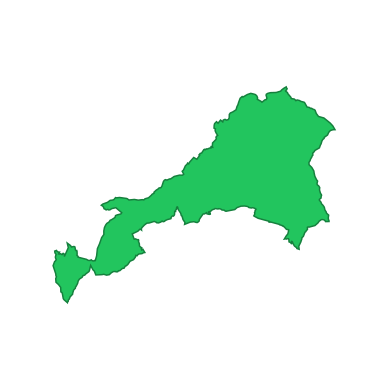 Spulber, Vrancea, Romania (orthographic projection), rotated 346°
{"feature_id": "2599482B24061865858466", "entity_name": "Spulber", "entity_type": "district", "adm_level": 2, "iso_a3": "ROU", "parent_name": "Romania", "parent_adm1": "Vrancea", "projection": "orthographic", "projection_center": [26.718, 45.744], "detail": "fine", "context": "isolated", "style": "filled", "palette": "green", "viewbox_px": 384, "rotation_deg": 346, "n_neighbors": 0, "source": "geoboundaries", "source_scale": "gbopen_adm2", "svg_char_len": 6050}
<svg xmlns="http://www.w3.org/2000/svg" viewBox="0 0 384 384"><g transform="rotate(346 192 192)"><path d="M282.1,273.5L282.5,270.4L285.5,266.8L287.2,264.1L287.5,263.1L289.4,261.9L291.8,258.4L292.8,258.0L293.2,257.5L295.0,256.2L295.4,254.2L296.1,254.0L297.3,254.4L303.2,254.3L306.7,252.5L308.3,251.1L310.8,250.1L311.7,250.2L313.4,251.0L314.2,252.1L314.4,253.0L317.8,253.8L318.0,253.2L317.8,251.7L317.9,250.2L319.0,247.5L317.4,245.1L317.4,243.9L316.6,241.4L316.7,239.3L316.5,238.1L315.6,236.0L314.9,235.0L314.6,232.8L313.6,230.8L313.8,230.0L315.7,229.1L316.4,227.2L316.9,226.6L316.9,225.7L316.4,224.6L316.2,221.8L316.3,220.5L317.0,218.6L316.4,216.7L315.3,215.3L315.4,213.9L316.5,211.8L315.8,210.2L315.0,206.4L315.1,202.9L315.3,201.1L314.2,197.2L312.2,193.9L312.6,191.6L314.1,190.2L315.1,188.6L316.5,187.3L317.3,186.1L318.2,185.5L318.5,183.6L320.5,182.3L321.3,181.4L326.3,180.0L327.8,177.7L328.9,176.5L330.5,173.8L331.6,172.7L333.1,172.0L333.5,171.0L337.3,169.5L339.1,167.2L341.2,165.8L343.8,165.7L345.8,166.1L344.6,161.9L342.8,158.6L337.9,152.1L333.0,149.3L331.6,145.9L331.2,142.4L330.3,141.4L329.2,140.8L328.3,139.7L327.5,139.7L326.2,138.3L324.2,137.4L322.9,132.6L322.5,132.0L319.4,130.3L318.5,129.3L316.2,128.1L315.2,128.5L314.7,128.4L314.3,127.3L313.8,126.6L310.9,125.3L310.9,124.1L308.7,119.6L308.7,118.6L307.2,116.8L307.2,116.5L308.6,115.7L309.3,114.6L308.8,113.6L308.8,112.8L306.1,113.6L303.6,114.7L302.4,115.6L297.8,115.8L292.2,114.6L289.5,114.6L287.8,115.1L287.3,116.0L287.4,119.1L286.3,120.3L285.1,120.2L281.6,121.8L280.8,120.6L277.8,117.9L278.4,116.6L278.2,114.6L277.2,112.9L275.8,112.0L272.9,110.5L269.3,110.8L264.4,112.2L263.8,111.5L261.4,112.7L258.8,116.5L257.7,118.4L256.3,120.0L254.6,122.9L250.8,124.2L248.3,124.6L247.0,125.7L246.0,129.1L244.7,130.5L242.7,130.6L242.0,129.7L240.9,129.5L239.6,129.9L238.8,131.4L237.1,129.1L233.9,131.6L232.8,129.7L230.5,131.1L229.7,132.5L228.8,135.4L230.0,136.4L229.5,137.3L229.3,138.3L229.7,140.6L230.6,143.3L229.5,143.7L228.5,144.6L228.6,145.6L228.0,146.8L223.8,149.4L222.8,152.5L222.9,153.7L222.6,153.6L222.3,152.6L221.5,152.5L221.0,153.9L220.3,153.6L216.8,154.0L216.3,153.6L214.9,154.2L214.4,153.6L213.7,153.8L210.8,156.5L209.1,156.6L208.8,157.1L207.8,157.7L208.2,158.4L204.6,161.4L202.0,158.9L196.7,162.6L195.6,163.9L194.7,162.9L194.0,163.8L191.9,165.0L189.0,168.7L187.5,169.5L188.3,172.7L186.8,173.4L184.0,172.6L178.5,172.6L174.5,174.1L173.2,173.9L170.6,174.4L169.3,173.6L168.2,173.8L166.9,174.8L164.2,179.1L162.9,180.3L161.0,180.1L159.3,181.1L158.0,181.4L155.1,183.0L154.8,184.0L152.6,184.6L152.0,185.2L148.4,187.1L144.8,187.2L143.4,188.0L141.9,187.4L137.9,186.9L134.3,185.3L128.9,184.5L127.5,182.8L126.9,182.4L120.4,179.8L117.3,179.4L116.5,178.9L114.3,180.5L112.7,180.6L110.6,180.3L107.5,181.6L102.6,182.1L100.8,182.9L102.3,184.5L102.7,187.1L103.9,187.9L104.3,188.6L106.2,188.5L106.9,189.3L108.2,189.4L110.1,188.7L114.3,188.8L118.8,195.1L117.6,196.1L113.9,196.1L112.1,196.4L111.1,198.1L107.3,199.4L105.8,199.6L104.1,201.1L101.7,201.9L100.2,203.2L98.4,205.4L97.0,208.5L96.2,211.9L93.3,214.4L89.8,219.8L86.5,224.1L84.0,230.9L81.6,235.1L81.0,234.8L80.3,235.2L78.6,234.6L77.8,233.4L76.6,233.8L74.7,233.2L73.3,231.8L65.7,227.7L65.9,226.9L65.0,225.6L65.5,224.6L66.1,221.6L66.0,220.9L65.4,221.0L64.9,220.0L65.1,217.0L64.3,216.3L61.7,216.2L61.2,214.6L58.6,211.4L58.5,216.1L52.5,223.8L53.0,222.4L52.9,221.2L52.4,220.5L51.9,220.4L51.0,221.3L50.4,221.1L49.7,220.1L48.6,220.2L47.6,219.8L48.9,218.3L47.9,218.0L46.8,217.1L46.4,215.9L44.5,216.1L44.3,217.9L45.0,219.7L43.7,222.0L43.6,223.0L43.9,224.6L42.9,225.8L41.9,226.2L39.4,229.9L40.0,238.4L39.7,240.5L40.0,241.4L38.8,243.1L38.2,246.7L40.1,249.5L41.5,252.8L40.6,257.2L41.5,258.1L41.6,259.4L41.3,264.4L41.8,265.6L44.3,269.2L44.5,268.6L45.3,268.3L45.9,266.9L47.1,266.1L48.2,264.4L51.5,262.2L51.7,261.4L53.5,258.4L55.5,257.2L56.0,256.0L56.9,255.3L58.9,253.0L60.1,250.7L61.8,249.2L64.7,248.2L66.1,246.7L67.8,246.7L69.1,245.8L72.7,244.3L73.4,243.5L75.9,238.7L77.1,243.6L78.1,245.1L78.6,249.2L84.6,250.4L86.5,250.5L89.0,252.0L91.8,252.2L94.1,250.9L96.2,250.2L98.2,250.5L99.0,251.1L100.6,251.4L101.7,250.6L102.8,250.9L106.0,249.3L107.6,249.5L109.4,247.7L110.4,247.7L112.2,246.8L115.1,244.2L118.9,243.5L121.2,241.6L122.2,239.9L123.2,240.6L124.5,239.6L125.6,239.3L128.6,239.7L130.2,239.2L131.6,239.3L130.5,235.7L129.2,236.1L129.1,234.7L129.8,234.1L128.3,232.4L128.0,231.7L128.4,229.3L128.1,227.1L128.5,226.4L128.5,225.3L127.5,225.1L125.8,223.8L124.5,223.8L123.9,218.2L130.1,216.9L132.4,215.5L132.9,215.6L133.8,216.7L133.9,215.6L134.7,214.5L137.9,212.5L140.7,211.3L142.9,211.7L148.2,211.4L149.8,212.5L150.3,213.3L152.1,213.9L154.5,213.6L155.9,213.0L156.4,213.2L156.7,213.8L157.6,213.9L158.5,213.7L158.8,213.3L161.4,212.8L165.0,212.8L165.3,212.5L165.4,211.8L166.7,210.7L167.5,210.5L168.2,210.9L169.3,210.1L169.6,209.6L170.5,206.7L171.4,206.9L171.6,205.8L172.5,205.2L173.3,203.4L174.0,202.8L174.3,203.0L174.4,203.7L174.3,205.3L175.9,209.9L175.9,212.3L176.5,213.0L176.6,216.5L177.8,219.9L177.0,221.6L183.0,220.8L186.7,221.3L188.8,222.6L190.0,222.9L191.9,221.9L192.3,220.8L192.9,220.0L197.2,216.2L197.8,216.0L198.8,216.3L201.2,215.6L201.2,216.8L203.3,217.9L204.4,217.9L204.6,216.9L204.1,216.8L203.6,216.1L203.2,216.0L203.4,215.3L205.4,215.2L207.5,214.1L209.5,214.0L210.3,213.6L213.2,214.8L213.6,214.6L214.4,214.8L215.8,215.5L216.7,216.7L218.8,217.4L219.4,218.3L220.3,218.9L229.3,219.4L232.0,218.0L236.1,217.6L239.6,218.3L241.8,219.2L242.9,219.9L243.4,220.8L245.8,221.9L246.7,221.8L247.7,222.2L249.0,223.1L250.0,224.2L248.8,225.2L248.3,226.5L247.7,227.1L247.7,228.0L247.4,228.8L246.2,230.1L246.7,230.7L249.8,233.5L259.6,239.0L259.3,239.6L260.3,240.2L260.6,239.9L269.2,244.7L269.1,245.0L271.8,246.6L271.6,246.8L273.1,248.2L274.6,251.1L276.6,251.9L276.2,253.2L274.9,255.8L272.7,257.5L270.2,260.0L271.6,260.1L272.2,260.5L273.5,260.4L274.3,260.7L274.5,261.6L274.1,263.9L275.7,265.0L275.7,265.9L276.0,266.1L276.8,264.1L277.2,264.3L277.4,265.0L277.4,266.0L278.3,269.1L279.5,270.7L280.1,271.1L280.1,272.2L282.1,273.5Z" fill="#22c55e" stroke="#15803d" stroke-width="1.5"/></g></svg>